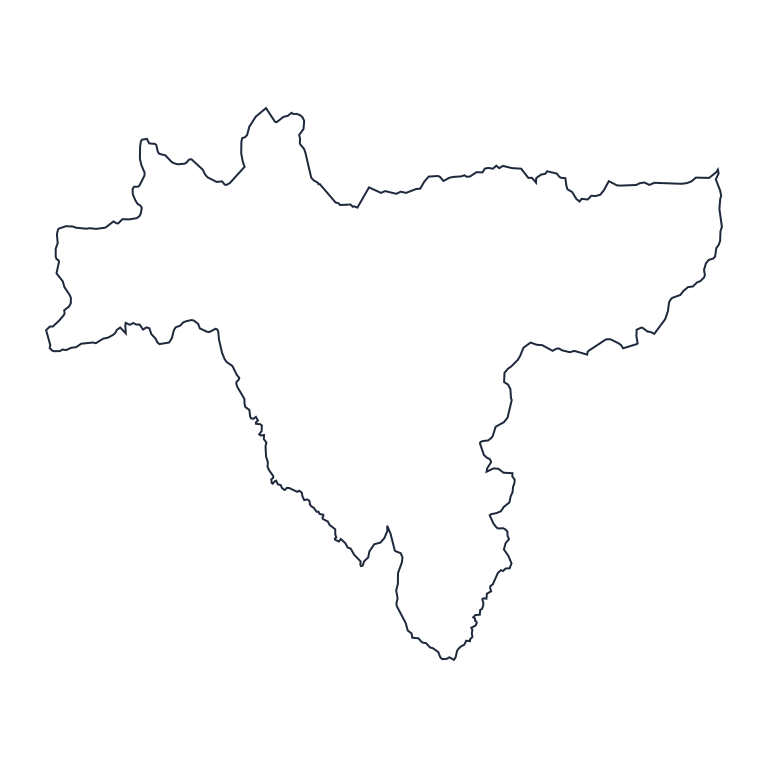 Bac Tra My, Quàng Nam, Vietnam (Equal Earth projection)
{"feature_id": "81297802B65636962466894", "entity_name": "Bac Tra My", "entity_type": "district", "adm_level": 2, "iso_a3": "VNM", "parent_name": "Vietnam", "parent_adm1": "Quàng Nam", "projection": "equal_earth", "projection_center": [108.196, 15.277], "detail": "fine", "context": "isolated", "style": "outline", "palette": "slate", "viewbox_px": 768, "rotation_deg": 0, "n_neighbors": 0, "source": "geoboundaries", "source_scale": "gbopen_adm2", "svg_char_len": 6074}
<svg xmlns="http://www.w3.org/2000/svg" viewBox="0 0 768 768"><path d="M291.6,112.8L287.8,115.8L283.4,116.9L276.6,122.2L275.1,121.9L266.0,108.1L255.8,116.6L249.3,126.7L247.1,135.1L244.9,137.3L242.3,138.0L241.4,141.6L241.2,153.3L242.8,161.7L244.6,166.8L229.9,183.0L226.8,184.8L224.8,184.7L222.1,181.4L216.5,181.9L207.4,177.2L204.9,174.2L202.7,169.6L191.5,159.3L189.1,159.5L186.4,162.7L184.5,163.7L177.7,164.3L174.2,163.3L171.9,162.2L165.4,155.4L159.2,153.8L157.8,151.7L156.3,145.0L155.0,143.9L149.2,143.4L146.9,138.9L141.9,139.7L140.9,141.4L140.1,146.4L139.9,158.9L141.4,165.1L144.6,172.7L144.5,175.5L139.6,185.3L138.1,186.7L134.2,186.7L132.8,188.5L132.6,190.6L132.9,194.6L135.2,200.0L137.5,203.8L140.6,205.8L141.8,207.8L140.8,213.5L139.4,216.2L136.6,218.2L129.0,219.4L122.4,219.2L118.2,223.4L116.5,223.3L113.5,221.4L105.5,227.6L96.1,228.9L89.9,228.2L86.5,228.7L75.8,227.7L72.8,226.5L65.9,226.2L58.6,228.7L58.0,229.6L56.9,234.3L57.7,243.1L55.7,248.7L55.7,256.7L56.5,259.0L58.7,260.5L59.0,261.7L56.5,273.3L62.8,281.4L64.4,287.1L69.8,295.2L70.9,298.1L70.8,303.3L69.2,306.3L64.2,310.3L64.6,313.2L63.9,315.0L58.9,320.9L52.8,326.5L49.8,326.6L46.1,330.2L50.3,345.1L49.7,348.2L52.4,350.7L54.1,351.2L59.8,351.1L62.7,349.5L66.2,350.1L71.1,347.8L76.0,347.2L81.3,343.7L93.0,342.5L95.8,343.2L103.3,338.6L107.9,337.7L113.1,334.9L115.1,333.1L116.9,329.9L120.2,327.5L125.8,333.4L125.3,325.3L125.7,322.9L129.9,324.8L133.3,323.0L136.4,324.6L139.6,324.5L143.1,329.6L146.3,327.4L149.3,328.2L151.4,334.2L155.4,338.4L157.6,342.7L159.5,344.1L169.1,342.5L171.9,338.1L173.8,330.4L175.6,327.4L180.4,325.5L183.1,322.5L186.0,321.3L191.0,320.1L193.6,320.4L198.2,323.9L199.8,328.4L206.9,331.7L209.5,332.0L215.4,328.8L217.2,329.4L218.2,331.4L219.0,339.6L222.0,352.7L224.6,359.1L226.6,362.0L232.4,366.0L236.8,374.9L239.3,377.9L238.7,379.7L236.4,382.1L236.4,384.2L237.3,386.9L244.4,398.9L244.5,403.4L245.3,407.0L249.4,410.0L250.1,416.3L251.0,418.3L253.3,418.8L255.9,416.9L257.9,420.6L255.8,422.6L256.0,423.8L260.5,424.3L261.9,425.6L261.6,431.1L259.2,434.4L260.6,435.5L264.0,435.0L263.8,439.1L266.4,442.5L265.5,446.6L266.1,456.8L267.9,462.3L267.5,466.7L268.9,469.9L273.2,476.0L273.1,478.0L271.3,479.3L271.7,483.0L272.7,483.7L275.0,481.1L276.1,480.7L277.9,484.4L280.7,485.1L282.0,488.0L284.3,489.9L285.3,489.7L286.7,487.9L289.1,488.0L297.2,491.8L299.3,490.7L301.9,492.8L302.4,496.2L304.2,500.1L307.2,499.5L308.8,500.3L309.7,501.8L309.8,504.3L311.4,506.4L313.6,507.6L316.6,511.8L318.5,511.7L319.5,513.9L323.3,514.8L323.3,516.1L322.4,517.8L322.9,519.0L327.8,521.5L329.5,524.8L335.2,529.3L335.3,534.8L336.3,537.3L334.8,538.8L335.2,539.8L338.9,541.5L340.8,539.0L345.4,543.2L347.6,547.5L350.7,548.6L354.2,554.8L360.6,561.4L360.4,564.8L361.0,566.1L362.8,565.6L364.0,561.4L368.2,557.4L369.4,551.4L374.3,544.2L380.4,542.6L384.3,538.2L387.3,531.0L387.2,525.7L390.6,533.9L394.7,550.2L395.3,551.1L400.7,553.2L402.5,557.3L401.9,562.3L398.0,573.1L397.9,583.7L396.2,590.4L397.6,598.4L396.4,603.4L396.8,606.2L405.7,623.0L407.7,630.5L411.6,633.5L412.3,637.7L418.4,638.3L422.0,642.4L426.1,643.2L430.1,647.5L432.7,648.1L438.3,652.1L440.3,657.3L442.3,659.2L446.5,658.9L449.4,657.3L453.9,659.9L455.7,657.0L457.0,651.1L458.1,649.2L460.7,646.6L464.3,644.7L466.2,640.7L469.9,641.2L470.1,639.3L472.4,636.9L471.8,633.0L472.4,630.0L471.3,627.8L475.7,625.4L476.7,622.8L476.4,621.5L475.0,620.5L475.0,618.5L473.2,617.3L475.4,615.1L479.8,614.7L480.2,610.0L482.0,608.9L483.3,605.3L483.4,603.0L482.3,599.2L483.6,598.3L486.4,598.7L486.9,593.7L491.1,591.3L490.1,587.8L490.3,586.2L492.8,584.3L497.9,572.9L501.0,570.2L503.0,571.0L505.7,568.5L509.6,568.3L511.5,563.4L508.4,555.9L503.9,549.5L505.6,543.2L509.0,539.1L507.5,535.7L507.4,531.6L505.4,529.4L503.0,528.2L498.4,528.5L496.6,527.6L493.4,523.5L489.7,515.3L490.9,514.2L496.1,513.2L500.9,511.3L503.6,507.1L509.4,502.4L510.7,496.2L512.5,492.4L513.1,486.7L514.4,483.3L514.7,479.7L512.3,476.4L512.5,473.2L503.5,472.7L498.5,468.8L493.6,468.4L486.6,471.7L487.2,468.3L491.0,462.4L491.0,461.4L489.7,459.0L487.0,457.8L483.9,455.0L479.9,443.2L480.6,442.0L482.9,441.0L488.1,440.5L491.3,438.0L492.7,436.1L495.7,426.7L503.9,422.2L507.6,417.6L511.7,400.1L511.0,398.1L510.4,389.1L508.0,384.5L504.1,382.1L504.5,372.8L507.9,368.8L511.4,366.3L517.7,360.0L520.1,356.0L523.5,347.7L530.5,342.6L536.9,344.8L542.3,345.2L552.6,350.8L556.4,348.7L559.0,348.5L562.0,350.3L569.8,352.2L574.4,350.9L587.2,354.6L587.6,351.9L588.5,350.9L605.3,339.8L607.2,339.2L610.4,339.3L618.4,343.2L621.1,345.1L623.1,348.3L637.0,344.0L637.6,343.3L636.4,336.0L636.7,329.7L641.3,327.6L642.7,327.9L647.4,331.5L650.6,332.0L654.3,333.8L665.1,319.3L667.9,311.2L669.1,302.2L670.9,299.1L672.4,297.8L680.3,295.0L683.3,291.1L688.0,287.1L692.8,286.5L696.8,282.6L700.5,281.0L704.1,277.4L704.9,275.0L704.0,270.0L705.9,263.4L708.7,259.9L713.3,258.5L715.1,256.6L716.3,248.0L718.5,245.3L720.1,241.0L720.5,231.1L721.9,226.8L719.4,209.0L720.2,199.0L721.2,195.6L720.1,190.5L715.8,179.3L718.6,173.5L717.9,169.7L716.5,172.0L709.1,177.9L695.9,177.6L691.4,181.4L687.0,183.1L681.6,183.8L654.3,182.8L649.4,184.9L644.3,182.5L639.8,183.2L636.1,185.0L620.6,185.6L617.1,185.4L608.8,181.2L603.9,190.2L600.3,194.7L595.5,196.1L591.4,195.7L587.7,199.5L581.6,198.8L579.6,201.5L576.4,199.0L572.1,192.0L567.5,189.3L566.4,185.9L565.4,178.2L561.0,177.8L559.2,176.7L556.9,173.6L547.1,171.3L545.3,173.8L541.1,174.6L536.7,177.7L536.1,178.7L536.0,182.6L531.9,177.8L528.3,177.9L521.2,168.7L511.9,168.1L502.9,165.9L499.2,168.2L496.3,165.7L492.8,168.7L488.2,167.9L484.8,168.6L482.5,172.4L476.5,172.2L470.0,176.5L466.9,176.8L464.4,175.3L461.2,176.4L453.4,176.9L449.5,177.7L443.5,181.0L439.7,176.6L437.6,176.0L428.7,176.6L424.3,181.6L420.2,188.7L416.2,189.0L406.0,192.9L400.7,191.7L396.3,193.8L385.2,191.1L381.0,192.9L369.0,187.4L357.4,207.6L354.2,206.3L352.8,206.8L350.5,204.5L340.1,205.0L338.4,203.2L335.6,202.5L319.8,184.1L318.5,184.2L318.0,182.9L313.6,180.3L311.2,177.6L305.4,152.7L304.0,148.8L300.3,144.5L299.8,142.7L300.1,139.1L299.2,134.9L303.5,129.0L304.2,120.8L302.5,117.3L300.6,115.5L296.8,113.9L293.3,114.0L291.6,112.8Z" fill="none" stroke="#1e293b" stroke-width="2"/></svg>